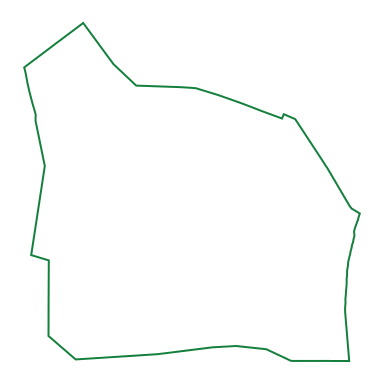 outline of San Juan Guelavía, Oaxaca, Mexico
{"feature_id": "50627088B68780091021819", "entity_name": "San Juan Guelavía", "entity_type": "district", "adm_level": 2, "iso_a3": "MEX", "parent_name": "Mexico", "parent_adm1": "Oaxaca", "projection": "robinson", "projection_center": [-96.523, 16.958], "detail": "fine", "context": "isolated", "style": "outline", "palette": "green", "viewbox_px": 384, "rotation_deg": 0, "n_neighbors": 0, "source": "geoboundaries", "source_scale": "gbopen_adm2", "svg_char_len": 1524}
<svg xmlns="http://www.w3.org/2000/svg" viewBox="0 0 384 384"><path d="M48.5,336.0L75.6,359.4L76.2,359.4L157.3,354.2L212.7,347.3L235.8,346.0L266.2,349.2L291.1,360.9L349.2,361.0L345.2,312.7L345.1,312.2L345.1,307.8L345.5,302.9L345.4,298.6L345.5,298.3L346.0,292.2L346.2,289.0L346.4,287.4L346.7,282.5L346.6,279.1L347.0,275.9L347.1,273.5L347.1,272.0L347.1,270.8L347.5,268.1L348.0,265.6L348.2,262.0L348.3,261.6L348.4,261.1L348.5,260.7L348.6,260.0L348.8,259.3L349.0,258.6L349.2,258.0L349.4,257.3L349.4,256.8L349.6,256.2L349.7,255.7L349.9,255.0L350.1,254.3L350.2,253.7L350.3,253.3L350.5,252.0L350.6,251.8L350.7,251.0L350.8,250.3L351.3,248.9L351.7,247.3L351.7,246.6L352.0,245.9L352.0,245.1L352.3,244.3L352.4,243.8L352.9,242.9L353.1,241.9L353.5,239.4L353.8,238.4L354.1,237.3L354.4,235.3L354.2,233.0L354.1,231.1L354.5,229.7L354.9,228.2L355.4,226.7L356.0,225.2L356.5,223.8L357.0,222.2L357.6,220.7L358.2,219.5L358.1,219.1L358.5,217.5L359.8,213.5L351.8,208.7L349.8,206.3L327.3,168.0L325.7,165.8L323.5,162.2L295.2,119.1L294.3,118.7L293.7,118.5L293.1,118.2L292.4,117.9L291.8,117.6L291.2,117.4L289.9,116.8L289.3,116.6L288.7,116.3L288.2,116.1L287.6,115.8L287.0,115.6L286.4,115.3L285.0,114.7L284.4,114.4L283.8,114.2L282.0,118.5L260.0,110.4L241.6,103.3L218.3,95.1L195.8,88.2L186.4,87.5L179.1,87.1L136.2,85.6L113.5,64.2L83.2,23.0L55.6,43.7L24.2,67.4L25.7,73.4L27.6,83.7L29.2,90.8L32.6,103.9L34.3,109.6L35.7,114.6L35.5,120.6L44.8,166.0L40.4,195.0L31.2,255.1L48.8,260.4L48.6,300.6L48.5,336.0Z" fill="none" stroke="#15803d" stroke-width="2"/></svg>